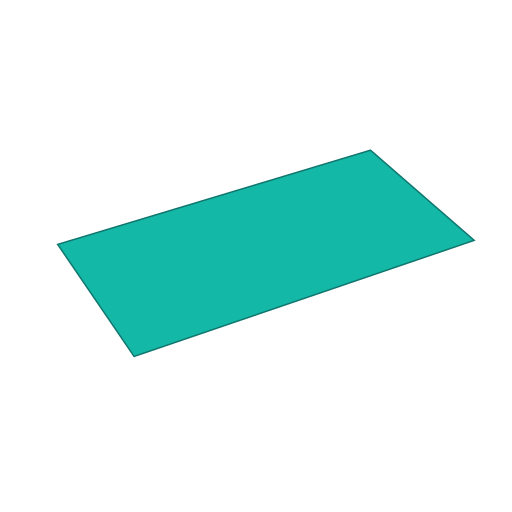 the border of Roche Caïman, rotated 126°
{"feature_id": "SYC-5222", "entity_name": "Roche Caïman", "entity_type": "state/province", "adm_level": 1, "iso_a3": "SYC", "parent_name": "Seychelles", "parent_adm1": "", "projection": "mercator", "projection_center": [55.482, -4.649], "detail": "fine", "context": "isolated", "style": "filled", "palette": "teal", "viewbox_px": 512, "rotation_deg": 126, "n_neighbors": 0, "source": "natural_earth", "source_scale": "10m", "svg_char_len": 229}
<svg xmlns="http://www.w3.org/2000/svg" viewBox="0 0 512 512"><g transform="rotate(126 256 256)"><path d="M115.1,88.7L408.9,295.6L363.2,423.3L103.1,225.6L115.1,88.7Z" fill="#14b8a6" stroke="#0f766e" stroke-width="1.5"/></g></svg>